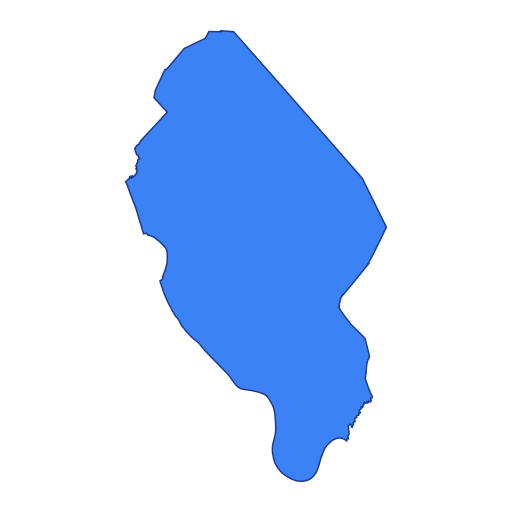 Beesel, Limburg, Netherlands, rotated 270°
{"feature_id": "6326949B64998271087377", "entity_name": "Beesel", "entity_type": "district", "adm_level": 2, "iso_a3": "NLD", "parent_name": "Netherlands", "parent_adm1": "Limburg", "projection": "robinson", "projection_center": [6.061, 51.27], "detail": "fine", "context": "isolated", "style": "filled", "palette": "blue", "viewbox_px": 512, "rotation_deg": 270, "n_neighbors": 0, "source": "geoboundaries", "source_scale": "gbopen_adm2", "svg_char_len": 5709}
<svg xmlns="http://www.w3.org/2000/svg" viewBox="0 0 512 512"><g transform="rotate(270 256 256)"><path d="M32.3,308.7L33.2,310.3L33.5,310.7L34.7,312.2L35.5,313.0L36.3,313.8L38.0,315.1L38.8,315.7L40.4,316.6L42.7,317.6L47.0,319.0L48.9,319.5L51.9,320.3L55.9,321.6L57.3,322.2L60.9,323.6L63.0,324.5L63.9,325.0L64.8,325.6L65.6,326.2L66.5,326.9L69.1,329.5L70.8,331.3L71.4,332.2L72.1,333.2L72.6,334.2L73.2,335.8L73.8,337.8L74.0,339.1L74.0,340.1L73.6,342.3L73.2,343.4L72.8,344.1L72.4,344.8L71.1,346.7L73.6,347.3L73.3,348.3L74.9,347.9L75.4,348.0L75.9,348.2L77.2,348.6L77.6,348.9L78.1,349.1L78.6,349.1L79.9,348.9L80.4,348.9L81.1,348.9L81.7,348.7L82.5,348.5L83.0,348.4L83.8,348.7L84.1,348.7L84.5,348.5L85.1,348.1L85.4,348.0L85.7,348.2L86.2,348.6L86.6,348.9L87.4,349.4L87.6,349.5L87.7,349.9L87.7,350.3L87.6,350.6L87.5,350.8L87.1,351.1L86.5,351.2L85.8,351.3L85.4,351.4L84.9,351.6L84.7,351.8L84.7,352.1L84.8,352.2L85.2,352.5L86.7,352.9L87.4,353.4L88.1,353.6L88.5,353.5L88.8,353.4L89.2,353.3L89.5,353.4L89.9,353.5L90.0,353.8L90.2,354.1L90.2,354.6L90.2,354.9L90.5,355.1L90.9,355.1L92.1,354.8L92.7,354.9L93.0,354.9L93.7,354.8L94.0,354.8L94.2,355.1L94.2,356.3L94.5,356.7L94.6,356.8L95.6,356.7L96.0,356.8L96.6,357.2L96.7,357.5L96.8,358.5L97.1,358.9L98.8,358.6L99.0,358.7L99.1,358.8L98.9,359.9L99.1,360.1L99.4,360.3L99.8,360.3L100.1,360.1L101.1,359.3L101.4,359.2L101.9,359.3L102.2,359.5L102.4,359.8L102.7,360.5L102.9,360.9L103.1,361.1L103.3,361.2L103.9,361.1L104.7,361.1L105.0,361.1L105.2,361.3L105.3,361.4L105.2,361.6L104.4,362.1L104.4,362.4L104.5,362.6L104.9,362.7L105.5,362.8L106.2,363.1L106.5,363.1L107.0,363.6L107.7,364.1L108.9,363.9L109.2,363.9L109.4,364.0L109.5,364.2L109.5,364.7L109.3,365.0L108.9,365.6L108.8,365.9L108.8,366.0L109.0,366.2L109.7,366.4L110.1,366.5L110.3,366.6L110.4,366.8L109.3,367.3L109.1,367.5L109.0,367.8L109.2,368.1L110.9,368.7L110.9,368.9L110.7,369.3L110.3,369.7L110.1,370.0L110.1,370.3L110.2,370.5L110.9,371.1L111.2,371.3L111.6,371.3L112.0,371.2L112.7,370.7L113.0,370.5L113.5,370.6L113.9,370.8L114.1,371.2L114.1,371.8L114.0,372.0L114.4,372.2L115.8,372.2L116.2,371.9L122.2,369.2L123.9,368.5L132.3,365.6L133.4,365.3L138.6,366.0L145.0,366.5L148.8,366.9L150.4,367.4L151.4,367.7L154.1,369.0L155.5,369.6L162.4,367.8L172.8,365.3L173.4,365.1L174.0,364.7L174.6,364.2L177.9,360.8L183.3,355.4L185.3,353.3L187.6,351.0L190.8,348.6L195.5,344.9L197.7,343.3L201.2,340.9L202.3,340.2L204.1,339.3L204.4,339.0L204.6,339.1L205.1,339.2L207.5,339.3L208.7,339.5L212.1,340.4L214.6,341.1L215.1,341.3L216.3,342.1L216.5,342.2L216.3,342.4L228.3,352.4L247.4,367.9L247.5,368.1L248.2,368.6L248.2,368.0L249.3,368.7L257.0,372.8L274.8,381.6L275.4,381.7L275.8,382.0L276.7,382.5L283.4,385.7L284.4,386.2L284.8,386.4L333.7,362.3L415.0,291.1L480.3,233.6L481.3,220.2L480.3,222.5L480.4,220.2L480.3,216.0L480.5,208.9L473.7,205.5L463.6,184.3L442.8,166.7L442.4,164.9L421.9,155.4L414.3,154.0L399.8,167.2L392.7,160.7L377.8,146.8L371.9,141.4L371.9,141.5L371.5,141.2L370.5,140.6L369.7,139.8L369.3,139.5L368.8,139.3L368.0,139.3L367.5,138.5L366.6,136.7L366.3,136.5L366.0,136.6L365.5,136.4L364.9,135.7L364.4,135.5L364.0,135.4L363.9,135.2L363.8,134.8L363.7,134.8L363.6,134.7L363.3,134.8L362.9,135.2L362.4,135.2L361.5,135.3L360.3,135.4L359.5,136.2L359.3,136.3L358.8,136.3L358.3,136.2L357.9,136.3L357.7,136.4L357.3,136.8L356.9,137.1L356.7,137.3L356.6,137.9L356.5,138.1L355.5,138.7L354.9,138.6L354.7,138.6L354.0,139.2L353.4,139.6L353.2,139.6L352.8,139.3L352.8,139.1L352.9,138.8L352.8,138.7L352.5,138.5L352.4,138.4L352.3,138.2L352.2,137.9L351.8,137.7L351.4,137.7L350.0,137.7L348.6,137.2L348.6,136.8L348.1,136.6L347.7,136.4L347.1,136.4L346.9,136.2L346.5,136.1L346.1,135.9L345.9,135.8L345.8,136.0L345.8,136.5L345.7,136.6L345.0,136.5L344.9,136.5L344.6,136.8L343.9,136.8L343.2,137.0L342.8,136.8L342.8,136.6L343.2,136.3L343.3,136.2L343.1,135.9L342.7,136.0L342.5,136.4L342.3,136.5L341.7,136.6L341.4,136.7L340.9,137.0L340.5,137.1L339.7,136.8L339.2,136.4L338.6,136.2L337.7,136.0L337.6,135.9L337.5,135.7L337.2,135.1L336.9,135.0L336.4,134.9L335.8,134.2L335.6,133.6L335.7,133.3L335.5,133.2L335.2,133.4L335.0,133.2L335.5,132.6L335.4,132.3L335.6,132.3L336.0,132.5L336.2,132.3L336.1,132.2L336.0,131.9L335.7,131.8L335.2,132.1L334.9,132.1L334.5,131.9L334.3,131.8L334.2,131.5L334.1,131.4L334.8,131.1L335.7,130.5L335.7,130.1L335.1,129.7L334.9,129.5L334.8,129.4L334.5,129.8L334.2,129.9L333.9,130.0L333.8,129.8L333.5,129.4L330.3,125.6L326.2,127.5L317.1,130.7L314.4,131.8L303.4,136.0L278.1,143.6L278.7,146.4L277.7,147.5L277.0,147.7L277.0,147.9L277.0,148.1L276.9,148.6L276.7,149.4L274.9,153.8L274.7,154.2L272.2,157.2L271.2,158.6L270.2,159.7L268.7,161.4L265.7,164.2L263.7,165.8L262.8,166.3L261.1,166.8L259.7,167.2L255.3,167.3L253.2,167.3L250.7,167.2L249.4,167.2L245.5,166.2L240.7,164.7L238.4,163.8L234.9,162.6L234.0,163.0L232.9,162.6L231.1,159.9L219.1,163.9L214.7,165.7L210.2,167.7L201.6,172.2L195.8,175.6L193.1,178.2L185.9,181.9L183.6,183.9L181.0,185.9L175.9,190.6L173.0,193.7L169.1,198.6L161.3,205.0L156.0,210.1L153.7,212.4L151.4,214.6L139.9,225.8L136.1,229.3L131.7,232.3L128.6,234.6L126.0,236.9L123.4,240.4L122.8,243.2L121.5,251.4L120.5,255.9L119.7,259.3L118.4,262.6L117.1,265.3L115.2,267.4L114.3,268.2L113.6,268.7L107.3,272.3L105.1,273.2L103.7,273.7L100.4,274.5L96.8,275.0L94.6,275.2L88.7,275.6L83.6,275.7L81.9,275.7L80.9,275.6L77.3,275.2L76.4,275.0L67.6,272.8L65.2,272.4L64.3,272.4L60.5,272.4L58.5,272.6L56.5,273.0L52.6,273.8L50.1,274.6L48.1,275.4L47.0,276.2L45.7,276.9L44.4,277.6L42.6,278.9L41.3,280.0L40.3,280.9L39.3,281.9L38.5,282.8L37.9,283.6L36.2,286.0L35.4,287.2L34.7,288.4L32.9,291.8L32.5,292.7L32.1,293.8L31.6,295.2L31.3,296.3L31.0,297.8L30.9,299.1L30.7,302.3L30.8,303.3L31.0,304.4L31.7,307.2L32.3,308.7Z" fill="#3b82f6" stroke="#1e3a8a" stroke-width="1.5"/></g></svg>